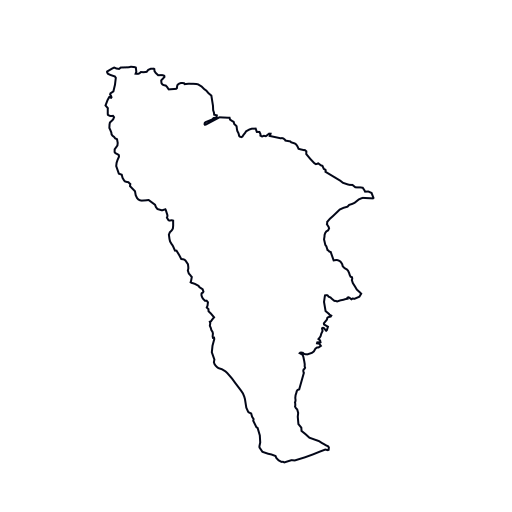 Polle, Federated States of Micronesia (Albers equal-area conic projection), rotated 261°
{"feature_id": "79324940B78067123130515", "entity_name": "Polle", "entity_type": "district", "adm_level": 2, "iso_a3": "FSM", "parent_name": "Federated States of Micronesia", "parent_adm1": "", "projection": "albers", "projection_center": [151.586, 7.337], "detail": "fine", "context": "isolated", "style": "outline", "palette": "ink", "viewbox_px": 512, "rotation_deg": 261, "n_neighbors": 0, "source": "geoboundaries", "source_scale": "gbopen_adm2", "svg_char_len": 6125}
<svg xmlns="http://www.w3.org/2000/svg" viewBox="0 0 512 512"><g transform="rotate(261 256 256)"><path d="M348.8,141.6L347.9,142.1L346.8,143.1L344.7,142.5L338.9,146.6L334.8,146.7L331.8,147.6L330.3,148.6L329.3,149.9L328.6,151.6L328.2,155.9L328.1,158.7L322.4,164.3L320.0,164.8L317.8,166.0L315.8,170.3L316.3,173.8L315.4,174.1L310.1,174.9L308.8,174.6L307.8,174.0L305.0,175.2L304.5,176.1L304.5,178.4L303.9,179.7L298.8,178.9L296.2,178.2L295.1,177.4L294.1,176.3L292.9,174.6L290.7,173.3L286.4,173.2L283.8,173.4L281.0,174.5L279.9,175.1L278.6,175.6L274.0,176.8L273.7,178.3L268.9,180.3L264.7,181.7L264.1,183.7L263.5,184.8L262.4,185.7L258.5,187.5L255.7,187.4L254.2,187.2L252.3,186.4L249.2,186.9L247.4,188.1L246.4,188.6L245.3,189.3L241.4,187.9L240.3,187.3L239.5,188.2L239.0,189.4L238.0,191.3L235.8,194.2L235.0,194.9L234.1,195.2L231.5,198.1L229.0,198.5L228.1,197.7L227.8,196.6L227.1,196.2L225.5,196.0L223.4,196.4L221.7,197.2L219.7,198.7L219.6,200.2L217.8,201.3L214.7,200.4L212.8,199.3L211.0,200.7L208.8,200.5L206.3,202.4L202.0,205.0L200.1,202.8L198.5,201.3L198.3,200.1L196.8,200.3L194.3,199.5L192.0,200.1L189.9,200.3L187.8,201.2L186.1,201.3L183.4,200.6L181.9,200.7L181.9,201.8L180.5,201.8L174.2,199.0L167.8,197.3L160.2,198.7L157.7,197.8L155.8,198.1L154.1,198.9L152.4,200.1L151.2,201.3L149.5,204.6L148.0,206.4L146.8,207.8L144.9,209.3L138.8,213.1L133.7,215.7L125.5,220.1L122.3,221.6L118.9,222.4L116.4,222.7L107.7,222.7L103.3,223.9L102.6,224.5L101.2,226.6L97.8,227.0L95.3,228.1L93.7,227.5L86.9,229.6L85.9,230.7L78.2,231.7L71.2,231.0L67.5,229.6L66.3,229.5L61.6,231.7L58.8,237.0L57.6,240.1L55.4,244.0L53.3,244.5L50.7,246.3L48.7,248.9L48.5,250.5L47.7,251.7L48.8,259.1L48.0,262.3L49.5,272.8L51.1,281.1L52.8,288.4L54.0,294.2L53.0,296.5L53.2,297.4L55.5,298.0L56.7,297.5L58.2,295.3L59.4,293.9L61.1,291.7L63.2,289.4L68.2,280.3L72.1,277.2L76.1,273.6L79.4,273.9L83.3,271.6L90.7,272.1L94.4,273.1L98.0,272.7L99.5,271.6L101.2,271.0L102.5,271.5L104.9,271.7L105.4,271.6L106.1,272.1L107.4,272.5L109.7,272.6L112.3,273.3L115.1,274.7L116.0,275.0L117.2,276.1L117.5,277.8L133.1,285.0L134.1,284.7L135.5,284.8L136.5,285.3L136.8,286.0L137.9,287.0L139.4,286.8L141.5,287.2L144.5,287.2L149.0,287.0L151.1,286.6L153.2,284.0L153.6,284.6L153.6,285.5L153.0,287.2L152.1,287.7L151.3,289.2L150.8,291.4L151.6,296.1L152.7,298.2L155.2,300.2L156.1,302.0L155.9,303.5L157.1,306.0L159.4,304.9L160.2,302.6L161.1,303.0L161.1,303.9L160.6,305.2L160.7,306.2L162.6,306.1L164.2,304.7L165.7,306.4L166.8,307.3L169.0,308.3L171.5,310.0L174.1,309.9L174.5,310.2L174.6,310.8L174.4,311.6L171.2,313.6L171.7,314.4L174.9,316.0L177.7,312.5L178.9,312.5L182.1,316.1L183.8,316.8L184.3,317.8L184.5,320.3L185.3,321.0L186.7,319.2L187.3,319.1L190.7,316.1L200.0,316.0L204.9,317.5L206.3,318.0L206.3,319.1L206.2,320.0L205.8,320.6L204.4,321.4L203.4,323.1L202.0,324.1L199.4,326.4L199.1,327.9L198.4,329.0L199.0,332.4L199.1,335.5L199.4,337.3L199.5,339.8L200.5,339.8L200.8,340.7L200.3,341.6L198.3,343.5L198.9,344.8L198.3,346.5L199.6,351.7L202.3,354.0L204.1,352.7L205.2,351.8L207.1,350.3L210.4,349.0L214.1,347.4L217.3,346.9L218.4,347.5L220.0,347.5L220.7,346.2L222.6,345.6L224.7,345.3L227.1,344.6L228.7,343.5L229.5,342.3L231.0,340.9L232.5,340.0L234.3,339.9L236.0,339.2L237.3,338.5L238.4,337.2L239.1,336.0L239.5,334.7L239.5,332.0L248.3,330.4L248.8,329.2L250.3,328.2L250.6,327.6L254.6,327.0L256.1,326.2L261.8,325.8L264.5,326.7L266.0,327.0L267.8,327.9L269.3,329.3L270.0,331.2L271.8,332.5L273.3,332.3L276.3,331.0L277.4,331.5L278.5,331.6L281.2,334.8L283.3,338.1L288.8,346.0L289.9,350.0L290.4,354.1L291.9,356.0L292.4,359.2L293.1,361.7L295.8,366.4L296.5,369.1L296.7,370.6L294.6,380.5L295.0,381.1L300.2,380.0L302.1,377.1L302.5,373.8L303.9,373.4L306.7,372.1L307.4,369.9L308.1,365.8L308.4,364.8L311.1,362.4L311.6,359.6L312.3,357.9L314.7,353.3L317.2,351.0L328.3,337.8L329.6,338.2L330.3,338.1L331.4,336.6L334.7,335.7L335.3,334.4L337.8,331.9L337.4,330.6L337.4,329.4L338.7,328.0L343.4,324.8L348.8,321.6L351.5,322.1L353.0,320.8L353.1,319.8L354.2,317.1L355.2,314.8L357.8,314.1L359.9,313.1L361.1,311.9L362.8,308.5L363.8,307.8L365.4,303.1L366.3,302.8L367.8,301.4L368.4,300.1L368.4,298.8L372.4,288.4L373.4,289.0L374.5,289.5L374.8,288.1L373.1,285.1L372.8,284.4L373.5,282.6L373.1,280.7L374.2,279.2L375.6,279.5L378.0,278.8L378.4,276.2L381.9,275.6L382.1,273.6L382.4,271.8L382.0,269.3L380.7,265.7L379.4,264.6L377.6,262.6L376.1,261.3L375.7,260.2L376.5,258.6L377.4,258.1L378.3,258.1L380.0,257.9L382.4,257.1L384.4,257.0L387.2,257.1L388.1,256.5L389.7,255.2L392.0,254.9L393.1,253.5L394.8,251.7L396.7,251.5L396.9,250.2L398.7,241.6L393.7,227.1L393.6,226.1L394.3,225.8L395.6,226.3L396.1,227.2L397.7,234.1L398.9,235.7L398.9,238.0L399.1,238.7L401.0,239.3L401.7,237.8L402.1,236.8L404.2,236.9L406.7,236.5L411.1,237.0L421.4,237.0L424.3,234.5L427.1,232.8L429.0,230.9L431.9,228.8L434.6,225.6L435.2,224.0L435.8,221.4L436.7,216.3L436.9,212.4L437.5,212.3L437.9,212.0L438.4,210.3L438.6,208.7L438.2,206.9L437.4,205.4L436.2,204.7L434.1,204.1L433.6,203.2L434.2,195.9L434.7,195.6L436.9,194.6L438.5,193.5L438.8,192.5L439.5,191.1L440.0,190.5L440.6,190.1L441.5,189.7L444.0,189.8L444.8,190.4L445.4,191.4L447.2,193.6L448.3,193.6L448.7,193.1L449.3,191.7L449.9,187.6L452.5,185.6L454.4,184.7L456.6,184.8L457.0,184.3L457.4,181.3L456.7,178.7L455.0,176.8L455.1,173.7L455.7,171.1L454.7,169.5L454.4,168.5L454.5,167.2L454.9,165.6L456.7,166.6L460.9,166.8L461.5,165.8L462.5,162.1L462.3,159.9L463.3,151.9L462.2,150.0L463.0,147.5L464.3,145.4L463.7,143.4L461.5,137.8L460.5,137.7L459.1,138.3L457.6,140.5L455.4,144.7L453.9,145.4L447.2,143.5L440.9,140.9L439.4,137.7L438.4,137.2L436.9,137.8L435.4,138.1L434.9,137.6L435.3,136.9L436.1,136.6L436.0,135.9L433.1,133.7L428.2,130.9L425.2,132.8L423.9,132.5L419.5,131.8L418.6,131.8L417.4,133.3L416.9,134.6L416.8,136.7L415.3,137.5L413.3,136.3L412.3,135.0L410.7,132.6L408.8,131.9L405.4,131.2L403.3,131.8L400.7,132.4L398.6,132.4L397.1,133.2L395.8,134.5L394.2,135.3L393.1,137.0L389.3,137.1L386.8,136.4L383.5,133.1L380.8,132.6L379.6,133.2L378.0,135.4L377.1,136.3L375.5,136.2L372.6,134.3L369.9,132.9L366.7,132.0L358.8,133.4L357.3,136.1L354.1,136.4L351.3,137.5L350.2,138.2L349.5,139.6L348.8,141.6Z" fill="none" stroke="#020617" stroke-width="2"/></g></svg>